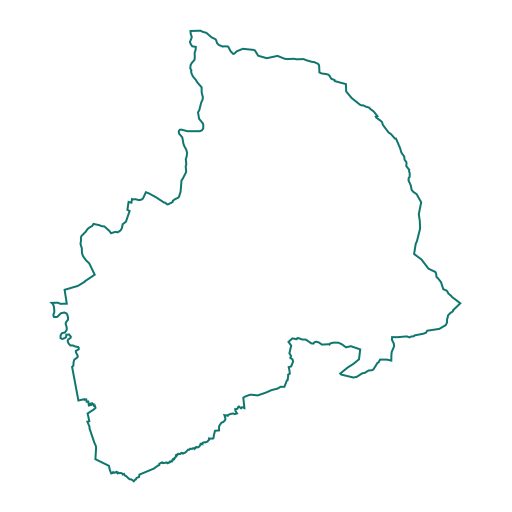 Ditrau, Harghita, Romania (orthographic projection)
{"feature_id": "2599482B10116484891151", "entity_name": "Ditrau", "entity_type": "district", "adm_level": 2, "iso_a3": "ROU", "parent_name": "Romania", "parent_adm1": "Harghita", "projection": "orthographic", "projection_center": [25.527, 46.847], "detail": "fine", "context": "isolated", "style": "outline", "palette": "teal", "viewbox_px": 512, "rotation_deg": 0, "n_neighbors": 0, "source": "geoboundaries", "source_scale": "gbopen_adm2", "svg_char_len": 5956}
<svg xmlns="http://www.w3.org/2000/svg" viewBox="0 0 512 512"><path d="M406.8,336.4L409.5,337.4L411.2,336.5L413.7,336.3L414.6,335.4L423.5,333.7L426.0,332.7L427.2,330.7L439.3,328.9L445.7,325.1L447.0,322.6L447.1,318.8L447.6,317.9L448.0,315.5L450.2,313.1L452.4,311.7L453.2,310.7L453.1,310.2L460.3,303.3L451.9,296.9L451.4,296.1L448.2,293.3L447.3,291.3L446.2,290.4L443.3,289.2L441.0,282.1L437.9,278.2L436.6,277.2L436.0,273.2L435.4,272.0L428.5,268.7L421.5,259.5L414.1,254.0L415.7,243.9L416.9,241.3L420.1,228.6L419.8,221.0L418.8,214.1L421.2,202.3L416.6,194.1L413.2,191.8L411.6,189.7L410.8,185.5L408.5,180.3L408.7,177.9L409.6,177.0L409.7,176.0L409.7,173.2L409.1,171.3L409.2,169.8L406.3,166.1L406.5,163.1L406.3,162.0L404.6,159.8L404.2,156.6L401.4,152.6L400.1,148.2L396.0,138.6L394.9,138.6L391.0,134.1L388.6,132.5L383.4,125.6L382.6,124.2L382.2,122.5L381.4,121.4L376.3,117.6L375.8,116.7L377.4,116.1L373.6,111.4L370.6,109.2L369.1,107.6L365.9,106.7L363.4,105.4L361.7,105.4L360.0,104.7L351.7,98.1L346.2,91.5L345.9,84.1L334.8,81.1L334.6,80.1L331.2,78.7L329.7,76.0L328.3,74.7L326.5,74.1L321.7,73.5L319.4,72.4L319.2,66.7L318.8,64.7L318.0,63.8L314.2,62.1L312.1,61.9L305.9,60.1L303.7,59.1L296.7,59.3L294.1,58.8L286.6,59.1L284.2,58.6L277.5,55.9L266.8,58.2L258.4,55.8L257.7,55.0L255.0,50.5L253.5,49.9L242.9,48.8L236.7,51.3L234.7,53.3L233.9,53.8L233.0,53.8L230.5,51.1L228.5,47.1L227.9,46.5L224.0,46.3L222.8,46.6L218.7,44.9L217.1,43.2L216.1,40.1L215.4,39.2L211.5,37.3L206.3,32.8L202.6,31.8L200.5,30.7L190.5,31.0L190.7,33.7L191.8,37.1L190.0,41.9L190.5,43.7L192.2,46.3L195.8,46.9L195.6,49.8L194.6,53.1L194.8,57.1L194.5,59.9L191.7,63.0L190.6,65.2L190.3,67.6L190.3,68.4L191.4,70.4L191.1,71.4L191.5,73.4L192.9,76.4L195.8,79.9L197.4,82.5L201.6,87.3L201.7,92.6L202.9,97.4L202.6,99.6L201.2,102.6L199.3,110.1L198.0,112.4L199.1,118.8L202.9,123.4L203.3,125.0L203.2,128.5L201.9,130.3L199.9,131.2L187.4,131.2L181.3,129.6L179.7,129.8L178.8,131.2L179.0,133.5L182.3,137.4L183.4,143.6L184.1,145.7L186.3,149.8L187.1,152.8L186.7,156.3L185.8,159.0L186.3,164.2L185.7,166.4L186.2,171.9L182.8,178.6L181.5,180.4L180.6,191.7L179.0,196.8L177.9,197.9L175.1,199.1L172.8,200.8L172.6,202.1L167.9,204.4L167.2,204.4L165.0,202.6L164.1,202.6L156.2,197.4L149.1,193.5L145.9,192.2L143.0,198.5L141.3,199.7L138.8,200.1L135.5,199.2L133.0,199.4L132.0,199.0L131.4,202.7L128.6,201.9L127.4,209.8L129.6,211.0L126.4,220.4L125.8,221.8L122.7,224.2L121.9,228.1L120.7,230.3L117.8,232.3L115.3,231.9L111.0,233.2L109.6,231.2L104.5,226.5L101.5,226.1L99.4,225.2L93.5,223.9L92.3,225.9L88.7,228.0L87.5,229.1L85.8,231.6L81.4,236.1L80.9,237.7L81.0,240.5L80.5,243.9L81.8,248.3L82.0,253.2L83.1,256.3L86.1,260.4L89.2,263.3L94.7,274.7L85.1,281.1L84.8,281.7L77.9,285.9L64.6,289.8L66.8,303.7L60.4,303.8L57.8,302.7L51.7,302.9L52.9,304.0L53.9,306.5L54.3,310.4L54.2,312.6L53.4,314.6L53.4,315.6L54.0,317.0L56.8,317.0L57.7,316.5L60.8,313.3L64.3,312.5L66.6,313.5L67.5,315.3L68.1,318.3L67.9,319.8L66.3,321.8L65.6,323.6L66.6,327.1L66.8,328.7L66.6,330.1L64.9,332.6L62.3,333.0L61.2,334.1L60.5,335.9L60.6,338.2L62.3,339.0L64.9,338.0L66.0,337.1L66.3,334.8L68.9,334.4L70.8,336.6L70.5,338.0L68.3,339.4L67.7,340.4L67.9,342.1L68.7,343.6L70.3,345.4L73.1,345.5L74.9,346.4L78.1,347.0L78.7,347.8L78.7,349.3L75.8,351.0L76.0,352.5L77.6,355.5L77.7,356.8L77.1,357.6L74.3,359.7L73.6,362.1L73.3,365.8L72.1,366.9L78.4,400.5L84.3,399.2L84.5,399.8L86.2,399.4L86.6,401.7L88.2,401.5L88.9,405.5L90.9,405.0L90.5,403.6L92.1,403.3L92.4,404.5L93.6,404.2L93.9,405.7L94.8,405.5L95.5,407.9L93.9,409.4L87.6,413.5L89.3,421.2L87.4,421.7L89.5,426.7L89.5,428.4L94.5,443.1L95.8,445.8L96.1,447.7L95.4,459.2L108.9,465.8L109.8,469.8L111.2,473.4L113.3,472.9L113.4,472.6L112.9,472.6L112.9,472.3L113.3,472.1L114.6,472.7L116.0,472.1L117.2,473.0L117.2,472.1L119.4,473.2L121.0,473.0L122.7,473.8L122.8,474.4L124.0,474.0L124.1,474.6L125.2,475.7L126.2,476.1L128.6,478.5L129.8,479.3L130.9,479.3L132.3,480.0L133.8,481.3L135.2,479.6L135.8,479.5L136.6,477.9L139.1,476.9L139.4,474.6L153.8,468.6L157.9,465.6L159.2,465.1L159.3,463.8L161.6,462.6L162.3,462.9L162.4,462.5L163.8,463.1L166.2,462.5L167.2,463.2L167.6,462.7L168.3,463.0L169.5,462.0L169.9,462.3L170.2,462.1L170.3,461.4L171.9,461.5L172.3,460.1L172.8,460.2L173.1,459.0L173.9,458.7L174.3,459.0L174.6,458.3L174.3,458.2L176.0,456.7L175.9,455.2L176.7,454.8L177.1,455.1L177.4,454.3L178.2,453.9L178.9,454.8L178.7,453.9L180.2,454.0L181.4,452.9L182.6,453.5L182.7,453.1L184.0,453.1L185.5,452.4L188.2,449.6L189.5,449.7L190.2,448.7L192.0,448.9L193.0,448.2L193.6,448.5L194.3,448.2L194.6,448.7L195.4,447.6L195.7,447.9L196.5,447.0L197.8,447.4L199.5,446.4L200.5,444.1L200.9,444.4L201.3,443.8L201.7,443.9L202.4,443.2L202.6,443.5L202.7,443.0L203.5,442.5L204.6,442.2L205.2,442.4L207.5,441.6L208.2,440.5L208.9,440.1L209.1,438.5L209.8,438.9L210.7,438.5L213.0,438.6L213.5,438.1L213.9,435.1L215.0,430.8L219.1,430.4L219.0,426.8L219.6,425.3L221.5,422.6L223.2,422.1L225.2,420.0L225.4,418.5L224.4,415.1L227.4,415.7L227.3,415.3L230.7,413.9L233.0,413.5L234.8,414.1L237.0,413.4L235.5,411.0L235.2,409.2L237.4,408.8L238.2,406.9L238.9,406.5L241.0,408.3L242.1,407.2L244.4,408.1L243.3,397.7L245.5,396.4L249.6,394.9L251.1,394.7L257.7,395.4L265.9,392.6L271.8,390.0L277.3,388.7L280.7,386.8L284.4,386.8L286.9,380.4L287.6,380.2L288.2,376.1L288.1,374.7L289.8,373.6L289.4,370.1L288.7,367.1L291.2,366.4L293.1,361.5L292.5,359.4L290.3,357.9L291.1,356.1L289.4,353.3L291.2,345.6L288.5,341.9L292.4,338.4L296.7,339.2L297.3,338.2L298.0,338.0L302.3,339.5L305.8,339.6L311.4,343.4L313.4,343.6L314.5,342.2L316.4,341.7L319.1,342.6L321.9,344.6L329.2,344.2L329.5,344.5L330.3,343.4L333.8,342.6L338.4,342.7L341.9,344.3L346.0,347.3L350.9,346.2L360.2,349.4L359.0,359.3L353.4,363.9L347.7,367.5L340.2,373.6L341.3,374.6L353.3,377.5L356.5,377.0L362.3,373.3L364.7,372.9L368.6,370.5L371.4,370.3L373.4,369.5L377.5,362.8L378.5,362.5L380.1,359.6L386.9,359.6L391.3,360.6L391.4,355.0L391.7,352.0L394.1,346.3L393.8,343.6L391.9,339.7L392.1,337.1L397.3,337.2L406.8,336.4Z" fill="none" stroke="#0f766e" stroke-width="2"/></svg>